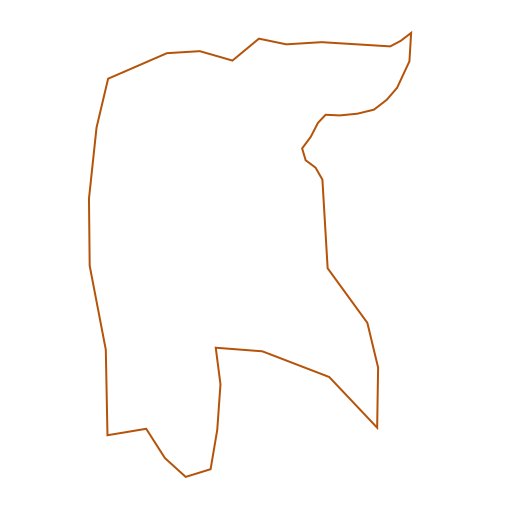 an SVG outline of Luweero, rotated 177°
{"feature_id": "UGA-3092", "entity_name": "Luweero", "entity_type": "County", "adm_level": 1, "iso_a3": "UGA", "parent_name": "Uganda", "parent_adm1": "", "projection": "albers", "projection_center": [32.54, 0.844], "detail": "fine", "context": "isolated", "style": "outline", "palette": "amber", "viewbox_px": 512, "rotation_deg": 177, "n_neighbors": 0, "source": "natural_earth", "source_scale": "10m", "svg_char_len": 660}
<svg xmlns="http://www.w3.org/2000/svg" viewBox="0 0 512 512"><g transform="rotate(177 256 256)"><path d="M337.8,39.1L357.5,58.9L374.7,89.2L413.7,84.8L410.9,170.3L422.6,255.0L419.8,322.0L408.5,392.7L394.4,440.8L334.4,463.2L301.4,463.5L269.3,452.4L241.7,472.9L214.7,465.8L179.2,466.1L111.0,458.3L100.2,463.3L89.4,470.7L92.6,442.4L106.3,416.6L117.2,405.2L130.5,396.0L147.3,392.8L164.9,392.0L179.1,393.4L187.1,385.8L195.0,372.3L204.3,361.0L201.4,349.0L191.9,341.1L185.7,328.8L185.1,240.0L148.3,183.4L139.9,138.2L144.0,78.2L189.2,131.3L254.7,160.5L301.0,166.5L298.2,129.7L303.8,84.4L312.5,45.5L337.8,39.1Z" fill="none" stroke="#b45309" stroke-width="2"/></g></svg>